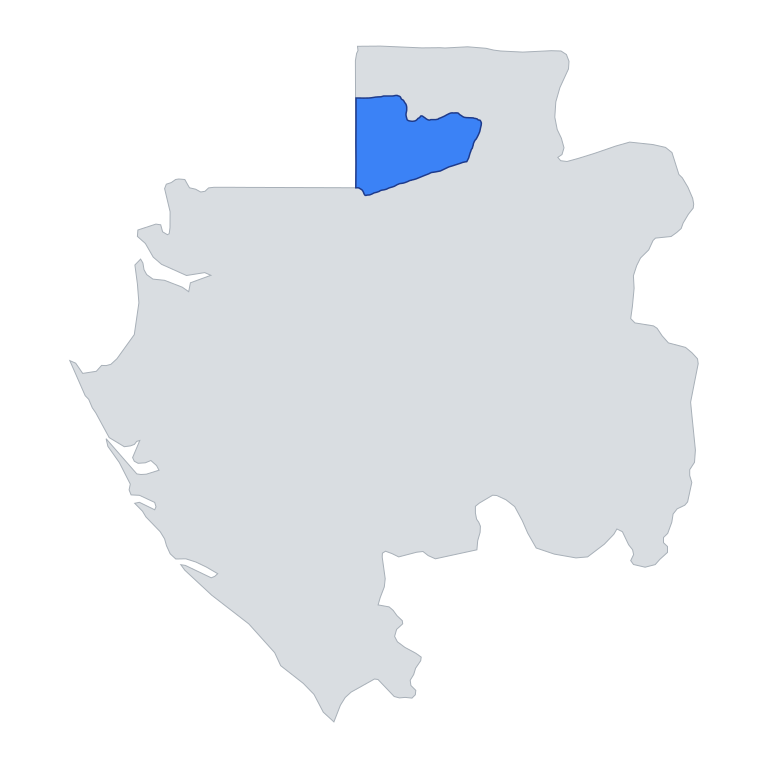 Woleu, Wouleu-Ntem, Gabon shown in context
{"feature_id": "22940354B4497534497521", "entity_name": "Woleu", "entity_type": "district", "adm_level": 2, "iso_a3": "GAB", "parent_name": "Gabon", "parent_adm1": "Wouleu-Ntem", "projection": "orthographic", "projection_center": [11.911, 1.389], "detail": "fine", "context": "in_parent", "style": "filled", "palette": "blue", "viewbox_px": 768, "rotation_deg": 0, "n_neighbors": 0, "source": "geoboundaries", "source_scale": "gbopen_adm2", "svg_char_len": 5633}
<svg xmlns="http://www.w3.org/2000/svg" viewBox="0 0 768 768"><path d="M569.0,61.3L568.5,68.9L559.9,87.6L555.8,101.9L554.8,117.2L557.2,129.5L561.4,138.3L564.0,147.8L562.0,154.5L557.8,157.4L560.7,160.7L567.0,161.5L577.6,158.6L594.1,153.5L615.6,146.1L629.7,142.1L653.1,144.6L665.5,147.4L672.0,152.6L678.9,174.5L682.3,177.8L687.9,187.2L692.7,198.4L693.7,204.1L693.2,208.1L688.4,214.2L683.1,223.1L681.2,228.5L676.7,232.5L671.1,236.5L655.5,238.1L653.1,240.4L648.7,249.9L640.5,258.0L636.7,265.6L633.4,275.7L634.1,288.3L632.4,306.4L630.7,318.6L634.9,322.9L653.5,325.9L657.1,328.3L662.1,335.8L668.4,342.9L685.5,347.4L692.1,352.9L697.5,358.8L698.2,363.7L694.3,383.3L690.6,402.2L692.0,416.5L693.4,430.2L695.4,450.1L694.5,462.3L689.7,469.7L689.7,475.5L691.8,482.5L687.6,501.9L684.8,505.2L677.2,508.8L673.1,514.0L671.8,522.2L667.7,533.4L663.5,537.5L663.5,542.7L667.5,546.5L667.5,552.4L659.9,559.3L655.2,564.6L645.1,567.2L633.5,564.5L630.7,560.6L633.6,554.6L632.6,549.8L628.6,544.7L622.4,531.7L616.9,529.0L613.8,534.3L604.3,544.2L587.6,556.9L575.9,557.9L554.3,554.1L536.2,548.0L527.7,533.1L522.4,520.9L514.7,506.6L506.0,499.8L496.7,495.5L492.6,495.2L479.3,503.1L475.4,506.3L475.4,513.0L476.6,519.2L478.7,522.2L480.4,526.2L480.1,532.4L477.7,540.7L476.9,549.8L435.4,558.8L428.2,555.6L423.0,551.5L416.7,552.2L398.7,556.9L392.0,553.6L385.5,551.2L382.4,553.2L382.2,557.1L385.2,578.7L384.3,586.9L380.2,597.6L378.1,604.9L389.1,606.9L393.1,610.3L397.0,615.7L402.3,620.7L402.7,623.8L396.6,629.4L394.6,636.4L397.4,641.8L404.9,647.4L415.9,653.3L421.2,657.1L420.7,660.7L415.6,668.2L413.7,674.5L410.2,680.2L410.9,685.5L415.8,690.4L415.3,694.8L412.0,698.1L405.2,697.4L399.4,697.9L394.2,696.5L378.0,679.5L374.5,679.0L351.1,692.1L345.2,697.5L340.4,705.2L333.9,721.9L323.3,712.2L314.0,694.4L303.3,683.4L280.7,665.7L274.7,652.7L248.8,623.9L211.7,595.2L184.8,570.2L180.8,564.7L185.3,565.4L211.2,577.8L214.7,576.4L217.7,573.7L206.5,567.1L195.8,562.0L185.8,558.8L175.8,559.0L170.2,553.8L166.5,545.7L164.6,538.9L160.2,531.7L145.9,516.9L142.5,511.2L134.7,503.3L139.4,502.3L154.7,509.8L156.0,506.8L154.7,502.4L139.4,495.3L131.1,494.9L129.1,489.9L130.3,484.1L119.3,462.5L107.9,446.4L106.1,438.7L136.8,473.9L140.9,474.5L146.3,474.2L159.0,470.2L156.6,465.6L150.9,460.5L145.3,462.8L138.1,463.3L134.3,461.2L132.6,457.6L139.8,440.5L136.7,441.4L134.4,444.4L130.4,445.9L124.3,446.7L109.2,437.6L95.8,412.9L92.3,407.8L88.7,399.3L85.2,395.7L69.8,360.6L75.7,363.2L82.7,373.4L96.3,371.3L101.6,365.4L106.2,365.6L110.9,364.3L116.9,358.8L134.3,334.6L138.9,302.8L137.4,283.8L134.9,265.0L140.6,259.1L142.9,263.0L144.0,269.7L146.7,274.6L152.9,279.1L164.5,280.3L182.3,287.2L188.7,291.7L190.4,282.8L210.9,275.3L204.7,272.6L186.5,275.5L161.5,264.3L153.2,257.1L145.4,243.5L137.4,236.4L137.9,230.0L155.9,224.1L160.7,224.8L162.6,231.8L167.4,234.7L169.2,233.7L170.0,227.7L170.1,211.7L164.6,188.6L166.3,184.2L171.2,182.6L175.6,179.5L178.7,179.0L184.8,179.5L187.8,184.9L189.5,187.8L195.6,189.2L200.7,192.0L205.0,191.3L208.6,187.9L213.9,187.3L230.3,187.3L245.1,187.4L274.7,187.5L304.2,187.6L333.8,187.7L356.1,187.8L356.0,174.6L355.9,154.3L355.7,130.3L355.6,107.2L355.5,85.9L355.4,60.7L356.6,53.5L358.0,50.5L357.5,46.3L380.4,46.1L421.8,47.9L439.9,47.7L445.0,48.0L467.6,46.8L486.0,48.3L493.7,50.1L500.7,51.0L522.7,52.1L551.3,50.7L561.0,51.0L566.4,54.5L569.0,61.3Z" fill="#d9dde1" stroke="#a8b0b8" stroke-width="1"/><path d="M356.0,98.0L356.0,102.2L356.0,123.1L355.9,143.1L356.0,163.4L355.8,187.8L356.8,187.8L358.2,187.8L359.2,188.1L360.3,188.8L361.9,189.8L362.6,190.7L363.1,191.5L363.6,192.6L363.9,193.5L364.3,194.3L364.9,195.1L365.2,195.4L366.1,195.4L367.1,195.1L368.4,195.0L369.7,194.9L372.0,194.0L374.1,192.9L376.6,192.3L379.2,191.4L380.4,190.6L381.7,190.2L384.1,189.8L385.7,189.4L386.9,189.0L388.0,188.4L389.2,187.9L390.8,187.4L392.3,187.0L394.3,186.3L395.4,185.7L397.1,184.7L398.5,184.1L399.7,183.6L401.4,183.4L403.3,183.1L405.0,182.6L407.6,181.6L409.0,180.9L410.2,180.4L411.1,180.3L412.2,179.9L413.7,179.6L416.1,178.9L421.2,176.8L424.9,175.3L428.8,173.8L430.3,173.0L431.5,172.5L435.0,172.0L440.3,171.0L444.7,168.9L448.9,166.9L452.6,165.8L456.9,164.4L460.3,163.3L463.0,162.3L463.8,162.2L464.9,161.9L466.5,161.7L466.8,161.6L468.7,157.9L469.3,155.7L470.0,153.3L470.8,151.2L471.3,149.6L472.3,148.2L472.7,146.6L473.2,145.1L473.4,143.7L474.1,142.0L474.5,141.2L475.2,140.0L476.2,139.0L477.4,136.8L478.7,134.1L479.7,131.7L480.1,130.0L480.6,127.6L481.2,125.1L481.4,123.0L480.8,121.4L480.1,120.3L479.4,120.1L478.5,120.0L477.9,119.7L477.3,119.0L475.7,118.5L474.2,118.3L473.2,117.9L471.0,117.8L468.5,117.7L466.2,117.6L464.2,117.3L462.9,116.7L461.3,115.6L459.7,114.6L458.8,113.7L458.0,113.0L456.7,112.9L454.9,112.9L453.8,113.0L452.7,112.9L451.8,112.9L450.8,113.0L449.2,113.6L447.8,114.3L446.6,114.9L444.5,116.1L442.5,117.0L440.5,117.9L439.0,118.4L437.9,119.2L435.7,119.6L432.8,119.6L430.8,119.6L429.7,120.1L428.7,120.0L428.0,119.8L427.1,119.4L425.9,118.6L424.8,117.7L423.4,116.8L422.5,116.1L421.3,115.9L420.8,116.0L420.4,116.4L420.0,117.1L419.4,117.7L417.9,118.5L417.2,119.4L416.2,120.3L414.7,121.0L412.5,121.3L411.2,121.2L409.4,120.9L408.6,120.7L407.5,120.1L407.1,119.7L406.8,118.5L406.4,117.1L406.0,115.2L406.0,114.0L406.2,112.7L406.5,111.5L406.7,110.2L406.7,108.7L406.7,107.1L406.4,105.5L405.9,104.1L405.3,103.3L404.6,102.4L404.1,101.4L403.4,100.3L402.3,99.6L401.7,99.3L401.0,98.5L400.9,98.0L400.6,97.3L400.0,96.6L399.3,96.2L398.3,95.9L397.5,95.6L397.2,95.4L395.1,95.5L394.1,95.8L392.4,96.0L391.3,96.0L388.3,96.0L385.5,96.0L383.7,96.0L382.3,96.4L380.9,96.8L378.0,96.9L375.5,97.1L373.7,97.4L371.1,97.8L369.0,98.0L363.6,98.1L358.7,98.0L356.0,98.0Z" fill="#3b82f6" stroke="#1e3a8a" stroke-width="1.5"/></svg>